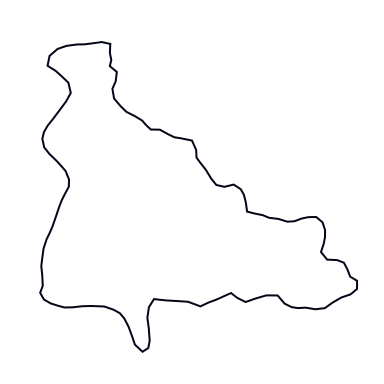 the district of Ipaba, Minas Gerais, Brazil, rotated 356°
{"feature_id": "56859067B37276633330355", "entity_name": "Ipaba", "entity_type": "district", "adm_level": 2, "iso_a3": "BRA", "parent_name": "Brazil", "parent_adm1": "Minas Gerais", "projection": "mercator", "projection_center": [-42.368, -19.398], "detail": "fine", "context": "isolated", "style": "outline", "palette": "ink", "viewbox_px": 384, "rotation_deg": 356, "n_neighbors": 0, "source": "geoboundaries", "source_scale": "gbopen_adm2", "svg_char_len": 1708}
<svg xmlns="http://www.w3.org/2000/svg" viewBox="0 0 384 384"><g transform="rotate(356 192 192)"><path d="M56.7,56.0L64.6,61.8L69.5,66.9L76.3,74.3L78.0,84.7L72.7,92.9L65.6,101.2L59.0,108.8L52.5,115.9L48.5,121.9L46.4,128.5L47.7,137.2L52.2,143.8L59.7,152.2L67.3,162.1L70.2,170.9L69.5,178.1L65.2,184.9L61.4,191.3L58.5,197.5L54.8,206.4L50.6,216.3L47.3,222.7L43.7,228.9L40.0,238.0L37.9,248.0L36.5,255.4L36.8,265.0L36.6,275.1L33.5,282.0L36.8,288.9L43.1,293.2L50.6,296.2L56.8,298.3L65.0,298.7L74.6,298.3L83.8,298.7L96.5,300.1L105.4,303.9L111.6,307.9L115.5,313.2L119.4,322.2L122.1,331.5L124.4,340.3L131.5,347.9L137.5,344.6L139.4,337.5L139.4,325.3L138.7,314.3L141.0,303.9L146.6,296.2L158.3,298.3L170.7,299.9L180.3,301.2L186.8,304.1L192.4,306.7L200.5,303.5L208.4,301.2L215.5,298.6L223.9,295.5L229.8,300.8L237.8,305.5L247.5,302.8L259.0,300.3L270.2,301.2L276.6,309.8L283.4,313.8L289.6,315.2L297.3,315.3L306.9,317.6L316.5,317.1L324.4,312.2L333.8,307.6L343.0,305.2L349.8,300.3L350.5,292.1L343.9,287.5L341.6,280.0L338.6,273.1L331.9,270.0L322.1,268.9L316.5,260.9L319.8,252.8L321.5,246.4L322.1,239.3L320.1,231.4L314.2,225.6L306.3,225.2L299.2,226.2L292.3,228.3L285.2,228.3L276.3,224.9L267.1,223.1L260.9,220.0L253.1,217.9L245.6,215.4L245.0,206.5L243.6,198.4L240.8,192.6L234.1,187.5L224.7,189.1L216.8,186.7L212.2,180.2L207.4,170.9L202.4,163.5L198.9,158.0L199.1,150.4L195.6,140.7L184.5,137.6L178.3,136.2L172.7,133.0L164.3,127.6L155.3,126.8L150.9,122.1L147.2,117.2L140.7,112.6L132.2,107.5L126.6,101.2L120.8,93.3L119.8,83.5L123.6,76.3L125.4,67.0L118.8,60.7L120.7,54.7L119.8,47.6L120.8,38.6L112.3,36.1L102.5,36.8L95.3,37.2L87.5,36.8L76.9,37.5L67.9,39.9L59.4,46.3L56.7,56.0Z" fill="none" stroke="#020617" stroke-width="2"/></g></svg>